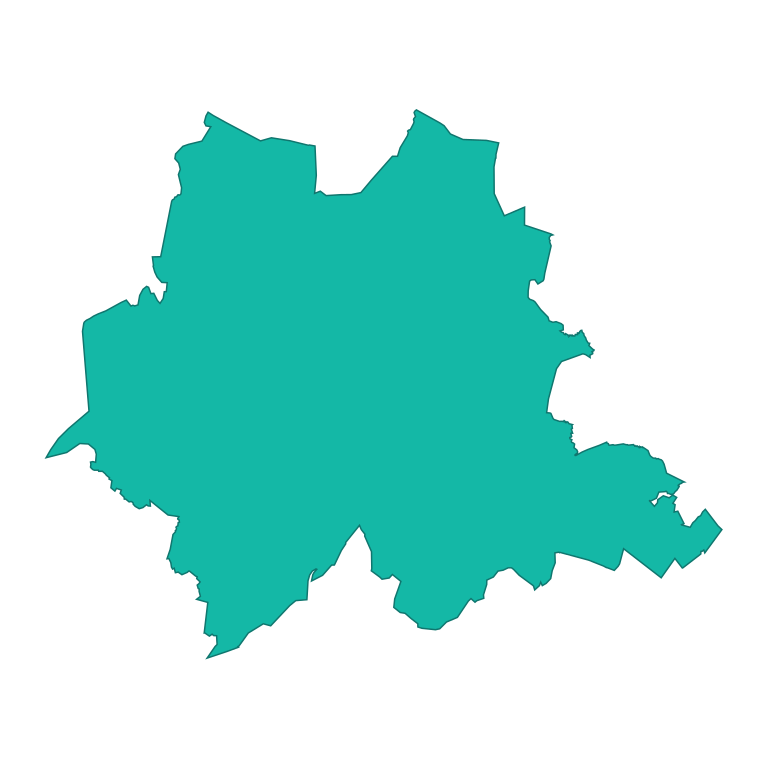 Nītaures pag., Amatas, Latvia (Mercator projection), rotated 270°
{"feature_id": "27541924B33705410668553", "entity_name": "Nītaures pag.", "entity_type": "district", "adm_level": 2, "iso_a3": "LVA", "parent_name": "Latvia", "parent_adm1": "Amatas", "projection": "mercator", "projection_center": [25.207, 57.075], "detail": "fine", "context": "isolated", "style": "filled", "palette": "teal", "viewbox_px": 768, "rotation_deg": 270, "n_neighbors": 0, "source": "geoboundaries", "source_scale": "gbopen_adm2", "svg_char_len": 6144}
<svg xmlns="http://www.w3.org/2000/svg" viewBox="0 0 768 768"><g transform="rotate(270 384 384)"><path d="M658.1,416.4L656.8,414.8L655.4,414.1L651.4,415.5L649.4,413.8L648.3,413.5L646.2,414.1L644.2,413.4L638.4,410.4L637.8,408.5L636.9,407.6L635.3,408.3L632.2,407.4L620.3,400.2L611.7,397.5L611.7,392.4L587.8,371.3L575.4,360.9L573.4,351.3L573.3,341.0L572.4,326.1L576.8,320.3L574.6,314.6L592.6,316.3L622.0,315.0L623.0,309.3L622.7,308.4L627.3,289.7L630.2,271.4L627.1,260.5L645.2,226.4L652.5,213.2L655.8,208.1L652.1,206.0L645.6,204.3L642.1,206.0L641.3,210.8L626.9,201.9L623.6,188.4L621.7,182.9L614.1,175.6L609.3,174.9L605.0,178.7L598.7,180.3L593.4,178.4L580.2,181.6L574.3,181.0L573.3,180.2L572.9,179.4L573.2,178.4L573.0,177.7L571.3,176.6L570.8,174.8L568.9,174.1L568.2,172.5L566.8,171.7L511.3,160.7L511.1,152.4L502.5,153.5L501.9,153.1L495.9,154.8L491.0,157.1L485.6,161.8L485.3,167.2L476.4,166.3L476.3,164.3L469.5,163.2L464.6,160.0L467.6,157.3L474.7,153.8L474.4,150.9L480.7,148.6L481.6,146.6L478.7,143.0L472.6,139.7L463.1,138.0L462.0,134.5L462.5,133.8L462.7,132.6L461.9,131.0L467.9,126.3L465.6,121.3L457.1,105.8L454.1,98.2L451.9,93.6L449.5,90.0L447.8,86.5L446.0,84.4L444.8,83.8L436.7,82.5L356.8,89.0L339.3,68.4L329.5,58.5L318.3,50.7L310.3,46.1L315.5,66.7L324.5,79.8L324.0,88.4L318.6,94.9L313.8,96.3L305.7,95.6L306.4,92.8L305.9,90.5L303.6,90.9L300.9,90.5L299.9,91.2L298.5,92.7L297.8,94.3L297.8,98.3L296.7,98.7L296.7,102.4L294.2,105.3L292.7,106.4L290.2,109.5L289.0,109.0L287.4,111.9L280.2,110.9L276.9,114.9L279.6,116.5L278.0,121.3L274.6,120.2L270.8,124.1L268.9,124.3L268.9,125.7L266.1,129.1L266.5,131.2L265.8,132.4L264.9,133.2L263.8,133.2L261.6,135.2L259.3,139.2L260.4,142.9L263.2,146.5L262.1,148.1L261.9,150.4L267.6,149.9L253.0,168.0L251.4,178.9L249.4,177.7L248.7,177.9L248.0,179.1L245.8,179.4L245.4,178.2L242.1,177.8L241.4,176.4L240.7,176.0L239.5,176.5L238.1,176.2L237.3,175.3L236.2,175.5L233.5,173.0L218.6,170.2L209.2,167.0L209.4,168.9L205.4,170.8L200.8,171.5L198.9,172.6L199.8,174.2L195.3,175.4L195.9,178.2L193.3,181.9L195.6,187.2L197.0,188.9L196.8,189.6L192.0,195.5L191.2,197.2L189.4,196.7L186.1,200.1L184.3,198.9L182.9,197.2L179.5,198.2L179.0,199.2L176.6,199.1L171.7,200.4L168.7,196.6L165.6,207.8L135.0,204.2L135.1,204.7L131.9,209.4L133.8,212.1L132.4,213.7L132.3,216.6L123.5,217.1L121.5,215.1L109.9,207.1L116.5,226.9L120.8,238.5L121.5,237.9L121.9,238.9L135.0,248.3L144.2,263.3L142.2,270.7L162.4,289.7L167.4,295.8L168.3,306.9L187.2,308.0L193.1,309.7L197.0,312.4L199.1,316.0L198.7,316.8L195.3,313.9L193.2,312.8L187.0,311.5L192.7,322.6L202.9,331.6L203.0,334.4L217.6,341.4L224.1,345.7L225.6,345.7L242.7,359.5L238.4,361.3L233.8,364.9L231.9,364.7L216.4,371.5L199.3,371.8L197.2,371.3L191.0,379.7L188.8,382.0L190.0,389.2L193.5,392.4L186.6,400.9L169.1,394.7L160.6,393.8L155.5,400.2L154.7,405.1L149.3,411.3L144.3,417.8L141.0,417.9L139.7,422.0L138.3,435.5L139.2,439.7L146.0,446.5L150.6,457.4L167.0,468.4L169.4,471.0L165.8,475.0L167.3,476.8L169.7,483.8L173.2,483.5L183.5,486.7L187.9,486.8L191.0,493.4L196.9,498.0L197.8,503.1L200.2,508.2L200.2,511.5L198.6,513.6L192.8,519.1L182.6,532.9L182.0,533.5L178.1,534.7L182.3,539.4L185.8,540.7L182.4,542.3L184.6,546.1L189.4,550.7L197.3,552.2L205.2,555.2L215.1,554.9L215.8,558.7L215.3,559.6L215.6,560.0L207.9,588.6L202.0,603.5L200.4,606.4L200.5,606.7L197.6,614.3L201.7,618.1L204.2,619.6L219.3,623.6L190.2,661.2L209.6,674.9L200.0,682.3L200.1,682.8L214.0,700.8L216.6,700.9L216.8,702.3L218.0,703.8L215.1,704.8L238.4,721.9L242.2,717.9L258.7,705.3L256.0,702.6L252.2,700.6L251.1,698.2L247.5,695.4L245.2,692.8L240.7,690.2L243.1,681.5L243.3,681.4L244.4,684.0L256.8,677.8L256.0,674.1L263.3,675.1L264.7,672.9L270.6,676.7L272.9,672.7L270.2,669.2L272.2,663.3L268.3,657.8L265.1,657.4L261.7,654.4L267.6,649.1L267.0,650.8L269.8,656.4L275.9,658.9L276.4,665.5L276.8,666.0L275.8,667.2L274.5,667.5L274.5,669.0L273.7,670.4L273.7,672.3L274.3,673.7L276.5,675.3L277.7,676.8L281.5,679.2L282.1,679.0L282.3,678.2L282.9,678.3L284.2,680.2L284.8,681.8L285.7,682.2L286.0,684.3L294.8,666.6L303.8,664.1L307.0,662.5L308.2,661.2L308.7,659.4L309.4,658.3L309.1,656.3L309.9,655.7L309.8,653.7L310.3,652.6L311.8,650.6L313.1,649.7L317.4,648.0L320.4,643.5L320.5,642.6L321.0,642.5L320.8,642.1L321.2,640.6L320.6,640.5L320.4,639.3L321.1,639.2L320.8,639.0L321.9,637.5L321.5,637.1L321.7,636.3L322.0,636.4L321.8,634.9L322.5,634.9L322.8,633.8L323.4,633.4L322.8,628.2L323.3,627.6L323.3,626.1L324.1,623.3L322.9,615.8L322.8,614.5L323.3,613.0L322.8,609.7L323.0,608.8L324.3,608.4L325.2,606.7L325.8,606.6L322.7,599.4L318.5,587.9L315.9,582.0L312.5,575.9L312.6,575.1L313.3,575.1L315.0,577.4L316.1,577.7L318.1,576.8L320.3,574.0L323.9,574.6L325.0,573.3L325.7,571.6L326.8,571.3L328.3,571.9L329.1,570.1L329.7,569.8L330.5,569.8L331.0,571.3L331.5,571.7L334.5,570.8L334.9,571.1L334.8,572.6L338.9,571.3L339.6,572.4L342.9,571.9L343.4,572.5L344.3,569.0L345.8,568.0L346.2,567.0L345.4,566.6L345.4,565.6L345.8,565.1L346.3,565.5L347.4,564.1L346.4,563.3L346.7,562.3L346.6,559.6L348.5,554.0L349.6,553.0L354.6,550.9L355.0,550.0L355.3,546.6L369.2,548.5L399.3,556.5L406.5,561.5L414.2,582.9L413.4,585.6L410.5,590.1L412.8,589.9L414.2,592.6L415.0,592.8L416.3,591.9L417.2,593.7L418.0,594.1L418.9,592.6L422.4,588.9L424.7,589.7L424.9,588.4L425.3,587.9L428.0,586.3L430.1,585.7L432.4,584.1L434.5,583.7L435.6,582.3L437.7,581.8L437.5,580.8L436.5,579.8L434.8,579.1L434.5,578.7L435.2,578.0L435.0,577.4L433.4,577.4L433.5,575.3L432.0,574.8L432.0,573.7L432.8,572.4L432.1,572.4L432.1,571.8L432.9,570.7L431.9,569.4L432.8,569.7L432.9,569.3L432.4,568.1L433.1,567.8L434.3,565.7L433.4,565.4L433.6,564.4L435.4,563.2L435.7,561.6L437.1,560.0L438.1,563.3L442.8,563.1L444.4,561.1L446.3,556.1L445.7,552.9L447.2,549.1L450.9,548.0L458.6,540.5L466.0,535.1L467.3,533.5L468.8,529.6L470.7,528.1L477.1,528.2L486.9,529.6L488.1,531.3L488.3,534.9L484.0,537.9L487.3,543.2L488.9,543.9L494.9,544.8L522.1,551.1L526.2,549.6L527.4,550.1L528.6,549.3L530.4,549.2L532.5,550.6L533.1,552.8L534.0,551.1L542.9,524.5L560.9,524.6L552.2,504.3L574.4,494.2L601.1,494.0L609.8,495.5L609.9,495.9L613.7,496.0L625.1,498.7L627.6,486.5L628.5,463.0L634.0,450.4L642.3,444.1L645.0,440.0L658.1,416.4Z" fill="#14b8a6" stroke="#0f766e" stroke-width="1.5"/></g></svg>